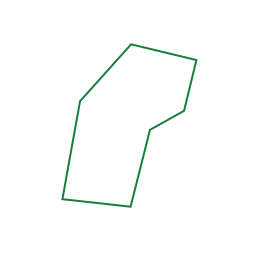 outline of Assuit City, Asyut, Egypt, rotated 49°
{"feature_id": "37247803B89417957828076", "entity_name": "Assuit City", "entity_type": "district", "adm_level": 2, "iso_a3": "EGY", "parent_name": "Egypt", "parent_adm1": "Asyut", "projection": "equal_earth", "projection_center": [31.287, 27.255], "detail": "fine", "context": "isolated", "style": "outline", "palette": "green", "viewbox_px": 256, "rotation_deg": 49, "n_neighbors": 0, "source": "geoboundaries", "source_scale": "gbopen_adm2", "svg_char_len": 256}
<svg xmlns="http://www.w3.org/2000/svg" viewBox="0 0 256 256"><g transform="rotate(49 128 128)"><path d="M189.1,177.7L143.8,112.6L151.8,74.4L121.6,31.8L66.9,70.8L76.3,146.6L138.7,224.2L189.1,177.7Z" fill="none" stroke="#15803d" stroke-width="2"/></g></svg>